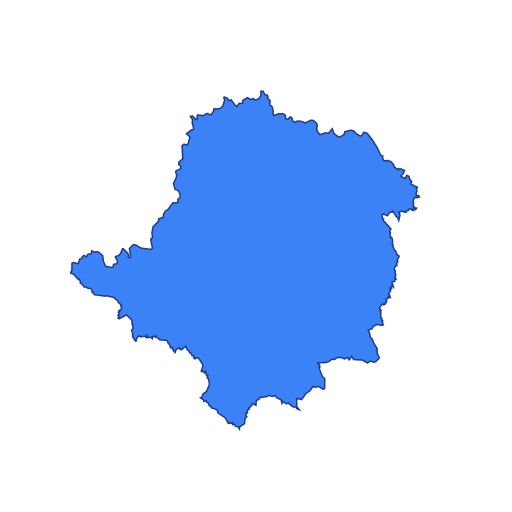 outline of San Sebastián del Oeste, Jalisco, Mexico, rotated 335°
{"feature_id": "50627088B9683107212546", "entity_name": "San Sebastián del Oeste", "entity_type": "district", "adm_level": 2, "iso_a3": "MEX", "parent_name": "Mexico", "parent_adm1": "Jalisco", "projection": "equal_earth", "projection_center": [-104.835, 20.855], "detail": "fine", "context": "isolated", "style": "filled", "palette": "blue", "viewbox_px": 512, "rotation_deg": 335, "n_neighbors": 0, "source": "geoboundaries", "source_scale": "gbopen_adm2", "svg_char_len": 6146}
<svg xmlns="http://www.w3.org/2000/svg" viewBox="0 0 512 512"><g transform="rotate(335 256 256)"><path d="M408.6,191.8L406.0,189.4L402.6,191.7L401.2,191.3L398.5,187.8L397.6,184.2L395.2,182.1L389.0,180.9L387.2,183.1L382.4,183.7L380.6,182.2L378.4,177.8L378.9,172.9L373.5,175.4L371.2,173.8L365.2,173.0L364.1,168.0L364.8,167.3L364.9,165.3L366.3,164.6L366.9,162.8L366.7,160.5L365.2,157.3L363.0,156.1L357.1,156.3L353.6,152.8L350.2,151.1L348.0,151.5L346.2,148.9L347.0,146.3L345.8,144.4L342.6,145.4L340.7,143.9L342.1,141.2L340.9,138.7L336.9,136.7L331.5,136.2L331.4,134.3L332.5,132.9L333.7,128.4L333.6,127.0L332.4,125.0L334.4,121.0L333.1,117.7L334.2,116.6L334.3,115.2L332.2,113.4L332.1,109.7L330.1,108.7L328.1,112.9L324.6,114.7L321.5,114.3L320.6,113.8L320.3,112.2L317.1,111.9L315.3,108.9L309.9,109.3L308.3,112.1L305.2,110.5L301.9,112.4L300.8,110.6L299.5,104.0L297.6,104.0L296.5,100.6L294.4,98.5L293.6,99.1L293.6,101.4L289.0,106.3L285.3,107.2L279.9,104.9L279.1,106.5L275.0,109.2L271.7,106.0L267.5,106.5L262.8,103.5L261.4,104.8L260.7,107.0L259.5,107.2L257.5,102.2L255.6,101.7L256.1,105.7L254.5,108.2L253.4,114.1L252.3,114.9L250.6,114.4L244.7,115.8L246.4,120.3L241.7,125.7L240.4,126.1L237.9,124.2L235.5,124.9L230.8,136.9L225.7,138.3L224.7,140.2L225.7,142.9L224.4,145.1L219.7,145.0L218.5,146.2L218.5,148.6L216.9,151.3L211.9,155.3L210.8,161.6L212.8,163.0L213.3,165.0L213.0,168.6L212.0,170.7L209.1,171.6L207.8,174.6L203.0,172.7L196.2,176.5L192.6,177.1L189.7,179.2L188.4,181.8L183.6,181.2L182.2,183.4L175.2,185.9L171.5,190.9L170.1,195.5L167.7,196.2L165.4,205.2L163.6,205.6L155.2,200.3L151.5,195.0L149.3,193.9L144.4,195.8L142.4,203.1L141.2,204.2L140.2,203.9L139.7,202.7L140.9,201.8L141.0,199.2L138.8,193.3L138.1,193.0L134.1,196.6L131.5,197.5L128.4,197.1L128.0,198.3L128.4,201.5L127.7,203.4L125.9,204.0L123.3,203.4L122.1,205.4L120.5,205.5L115.3,201.8L115.4,196.7L117.2,190.8L114.8,185.7L112.9,184.5L111.4,184.6L109.4,181.9L107.5,184.4L104.5,183.3L102.0,185.1L100.3,182.7L98.3,183.3L97.0,184.7L94.9,184.3L91.7,187.9L88.0,184.9L86.2,184.7L82.8,191.7L81.1,192.4L80.9,193.6L82.8,195.0L85.1,202.3L86.1,202.4L86.1,204.9L85.3,205.9L86.8,209.0L87.1,211.5L88.8,212.1L90.1,214.4L92.4,215.4L92.9,217.7L92.1,219.5L92.8,220.1L93.1,222.7L102.6,228.8L103.7,228.8L109.8,233.6L110.6,236.2L111.7,237.5L111.6,240.3L113.2,243.3L112.2,244.1L112.6,245.9L111.1,247.2L108.4,247.8L109.2,248.7L107.3,249.3L107.1,251.2L105.8,251.4L106.3,253.3L104.7,254.0L105.5,255.1L113.7,254.6L116.1,260.7L116.1,263.6L115.1,264.4L114.7,268.0L113.9,269.7L111.7,270.9L111.8,272.9L110.1,276.9L110.7,281.5L111.2,281.9L110.8,282.9L113.6,279.8L116.6,279.0L117.3,280.6L121.3,281.6L122.2,283.5L123.3,281.9L123.6,284.3L126.6,285.2L127.0,287.0L128.3,285.3L129.1,286.1L131.1,285.8L131.5,286.3L130.9,287.2L132.9,289.5L133.2,291.2L139.3,294.6L139.8,296.6L139.4,298.4L140.2,299.3L139.9,303.4L141.7,303.6L141.0,306.2L141.8,309.3L144.2,306.9L147.8,306.7L147.6,308.6L149.1,309.5L154.3,308.1L154.0,312.1L154.9,313.0L155.1,315.8L156.0,316.6L155.9,319.1L157.4,320.0L156.5,321.5L156.8,323.2L158.0,323.5L158.6,322.8L160.7,324.1L161.8,330.7L161.4,333.3L157.7,337.1L158.1,338.0L159.4,338.0L159.9,340.1L161.4,339.3L160.7,343.3L161.8,343.8L160.3,345.6L161.0,347.5L159.6,352.7L153.7,358.0L150.1,358.4L147.1,361.1L145.7,361.1L147.6,364.0L147.3,365.6L149.4,365.9L149.3,367.2L150.6,369.2L150.4,372.1L151.5,372.9L151.4,374.7L155.8,378.9L155.2,382.1L159.7,389.6L160.1,395.8L161.1,396.5L162.1,395.8L162.7,397.2L164.4,397.3L163.7,398.9L165.4,399.8L165.3,401.4L167.5,403.2L167.9,405.8L168.8,404.0L174.8,403.0L177.4,398.7L179.8,397.6L179.4,397.0L180.6,394.1L181.9,394.6L182.9,392.2L185.4,391.8L185.3,390.7L188.6,389.9L190.4,388.3L192.9,391.3L195.1,387.2L198.1,387.1L199.9,385.9L206.7,388.1L208.6,387.7L211.3,390.0L214.4,390.7L215.0,393.5L218.0,396.8L217.3,400.5L218.8,399.1L221.0,402.8L223.1,403.1L225.9,408.6L228.4,409.7L228.5,411.7L230.2,413.5L229.3,409.8L232.6,402.3L236.7,405.4L243.0,401.8L248.1,400.9L252.6,398.2L253.6,399.8L257.8,400.8L260.5,405.2L262.1,405.2L266.5,396.3L265.3,393.8L265.3,390.4L265.9,383.7L266.8,383.9L267.6,381.5L266.5,379.5L266.9,378.9L274.2,382.1L278.1,382.4L280.4,381.6L283.8,383.0L285.9,382.3L287.8,382.8L290.6,384.2L292.7,386.7L295.9,386.6L296.5,389.5L300.3,387.3L300.7,391.1L308.5,395.3L311.9,400.2L314.9,399.4L318.1,402.1L319.6,402.4L324.6,400.7L324.8,395.5L325.8,392.8L325.3,392.4L326.7,391.2L325.9,385.2L326.2,380.2L325.2,378.1L326.3,374.5L326.3,370.6L330.4,371.0L332.8,369.2L337.1,369.4L340.5,371.9L342.3,372.2L342.3,370.5L343.3,368.4L342.6,368.3L343.7,365.8L343.2,365.7L343.1,364.5L345.3,359.8L344.8,358.9L346.4,358.3L345.7,357.0L346.3,356.3L346.0,354.9L350.5,352.7L350.8,354.1L352.3,354.4L352.7,353.5L354.1,353.4L354.6,352.1L355.5,352.2L355.5,350.1L358.1,350.1L358.7,348.7L360.2,350.4L360.5,347.7L359.9,346.5L363.4,344.3L363.3,342.6L365.0,342.8L364.4,341.1L366.0,341.5L366.7,340.2L367.5,341.9L368.1,337.1L371.2,337.5L372.1,335.7L373.2,336.1L373.2,333.3L374.9,332.0L374.8,329.9L376.0,328.6L375.4,326.7L378.2,323.8L379.5,324.3L380.9,321.4L382.1,321.2L382.1,319.7L385.7,316.7L384.4,314.1L384.7,310.4L383.8,309.1L384.3,307.4L383.8,305.9L384.9,304.1L384.5,302.3L385.4,301.8L386.6,298.8L386.8,297.0L385.4,296.1L386.4,295.2L386.3,293.2L387.7,291.8L387.6,290.0L389.7,288.5L386.4,277.4L387.3,276.4L386.4,275.4L387.6,272.3L389.0,271.6L392.1,275.0L395.7,272.9L397.9,273.9L399.2,273.1L399.6,278.9L400.6,281.5L400.4,284.1L403.7,279.9L403.9,277.3L404.3,277.8L405.0,276.7L407.7,277.1L409.1,279.1L410.9,279.7L411.1,278.8L412.1,278.5L413.5,279.2L414.4,278.1L416.0,278.4L416.7,280.3L418.2,281.5L418.9,279.3L420.2,279.2L420.2,281.3L421.3,281.0L421.7,280.4L420.7,280.0L419.6,276.4L421.0,275.1L422.3,271.6L424.9,270.0L426.8,271.4L429.0,271.5L428.9,269.8L426.9,269.2L427.5,266.9L429.1,265.5L429.9,262.6L430.9,262.5L431.1,261.2L429.5,260.4L429.3,259.3L427.0,256.7L427.3,255.3L428.5,254.6L427.8,250.8L428.2,248.4L426.7,246.6L424.0,248.8L421.1,245.3L421.3,244.5L424.1,243.7L426.8,241.3L423.3,237.5L421.4,238.0L421.4,237.0L420.3,236.4L418.9,233.0L419.3,231.5L418.4,227.8L415.9,225.2L412.1,223.8L412.0,221.5L413.1,218.8L411.5,217.2L411.7,209.6L410.5,199.8L408.6,191.8Z" fill="#3b82f6" stroke="#1e3a8a" stroke-width="1.5"/></g></svg>